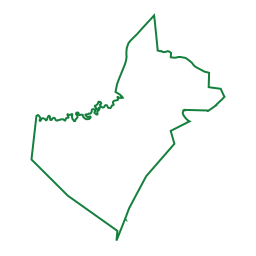 the district of Gawler, South Australia, Australia
{"feature_id": "25037944B32211395389119", "entity_name": "Gawler", "entity_type": "district", "adm_level": 2, "iso_a3": "AUS", "parent_name": "Australia", "parent_adm1": "South Australia", "projection": "natural_earth1", "projection_center": [138.712, -34.621], "detail": "fine", "context": "isolated", "style": "outline", "palette": "green", "viewbox_px": 256, "rotation_deg": 0, "n_neighbors": 0, "source": "geoboundaries", "source_scale": "gbopen_adm2", "svg_char_len": 5405}
<svg xmlns="http://www.w3.org/2000/svg" viewBox="0 0 256 256"><path d="M171.0,52.9L170.2,52.3L169.8,52.0L169.6,51.8L168.1,51.2L167.9,51.2L167.4,51.2L166.3,51.7L165.6,51.9L164.7,52.0L163.8,52.1L162.6,51.9L162.3,51.7L161.8,51.3L161.3,51.0L160.7,51.3L157.8,50.5L157.7,50.5L156.0,33.0L155.3,26.8L155.3,26.1L154.7,20.4L154.4,18.5L154.3,16.6L154.1,15.4L149.8,20.2L148.6,21.4L140.8,29.9L137.4,33.8L130.7,40.4L128.4,43.3L126.8,48.0L126.4,51.6L126.4,54.9L126.6,56.5L126.3,58.9L126.1,60.3L125.2,63.5L124.8,64.6L120.6,75.0L119.5,77.6L118.2,81.1L116.8,84.9L116.8,85.5L115.5,91.9L119.7,94.5L120.7,95.3L122.1,96.8L121.8,96.9L122.6,97.7L121.3,98.0L120.8,97.5L120.2,97.8L119.8,97.8L119.4,97.8L119.0,97.7L118.5,97.3L118.0,97.0L117.6,97.0L117.5,97.3L117.5,97.5L117.7,97.9L118.1,98.6L118.2,98.8L118.2,99.2L118.0,99.6L117.7,100.0L117.2,100.2L115.7,100.4L114.6,100.7L114.1,100.9L113.6,101.2L113.4,101.4L113.1,101.9L112.9,102.1L112.9,102.4L113.0,102.9L113.6,104.3L113.5,104.7L113.5,104.9L113.3,105.1L112.6,105.4L112.3,105.4L111.8,105.6L111.7,105.8L111.4,106.7L111.1,107.4L110.8,107.7L110.5,107.8L110.2,108.0L109.5,108.0L109.2,108.0L108.7,107.9L108.4,107.8L108.0,107.5L107.8,107.2L107.6,106.7L107.4,106.1L107.2,105.7L106.9,105.4L105.8,105.1L105.3,105.3L104.9,105.6L104.7,106.0L104.5,106.4L104.1,107.0L103.8,107.3L103.6,107.4L103.3,107.5L102.8,107.5L102.0,107.2L101.3,106.7L100.7,106.1L100.1,105.6L100.0,105.4L100.0,104.9L100.1,104.6L100.4,104.3L100.8,104.0L101.0,103.8L101.2,103.4L101.2,103.1L100.9,102.7L100.4,102.0L100.2,101.9L99.8,102.0L98.7,101.7L98.4,101.9L98.2,102.1L98.2,102.3L98.2,102.9L98.2,103.1L98.0,103.4L97.8,103.7L97.4,104.2L95.9,105.5L95.0,105.8L94.9,105.8L94.8,106.1L94.9,106.5L95.1,106.8L95.3,107.0L95.7,107.4L95.9,107.7L96.0,107.9L96.0,108.6L96.1,108.9L96.5,109.1L97.3,109.3L97.8,109.2L98.3,108.7L98.7,108.0L98.8,107.9L99.0,107.7L99.4,107.6L99.7,107.6L99.8,107.7L99.8,107.9L99.5,108.5L99.4,109.0L99.3,109.4L99.1,109.6L98.9,110.0L98.5,110.5L97.5,111.2L97.3,111.6L97.3,112.0L97.3,112.8L97.5,113.4L97.6,113.6L97.5,114.0L97.4,114.3L97.2,114.5L96.9,114.5L96.7,114.5L96.0,114.1L95.0,113.3L94.5,112.8L94.4,112.5L94.5,112.1L94.8,111.6L95.1,111.2L95.3,110.7L95.2,110.6L94.8,110.2L94.3,109.6L94.1,109.4L93.6,109.1L93.1,109.1L92.4,109.3L92.0,109.6L91.8,110.0L91.7,110.4L91.7,110.8L91.7,111.3L91.6,111.7L91.2,112.6L90.9,113.1L90.7,113.4L90.2,113.6L89.9,113.7L89.0,113.5L88.9,113.6L88.6,113.8L88.1,114.2L87.5,114.3L86.9,114.3L86.1,114.4L85.7,114.5L85.4,114.8L85.4,115.0L85.5,115.2L86.9,116.6L87.2,116.9L87.5,117.0L87.9,117.0L88.2,117.0L89.4,116.5L89.9,116.5L90.2,116.5L90.3,116.7L90.6,117.1L90.6,117.4L90.4,117.8L90.0,118.3L89.6,118.6L89.4,118.8L88.9,119.0L88.4,119.1L87.5,119.1L87.0,119.2L86.5,119.2L86.1,119.1L84.9,118.5L84.6,118.3L84.4,117.9L83.2,116.9L83.0,116.2L82.8,115.1L82.3,114.8L81.2,114.7L80.7,114.7L80.1,114.9L79.8,115.0L79.2,114.9L78.9,114.8L78.7,114.6L78.6,114.4L78.5,114.1L78.6,113.7L78.6,113.4L78.6,113.2L78.4,113.0L78.3,112.8L78.1,112.7L77.2,112.5L76.9,112.6L76.4,112.8L76.3,113.0L76.1,113.4L76.1,113.7L76.1,114.1L76.2,114.5L76.4,114.6L76.8,114.5L77.1,114.6L77.0,115.1L77.2,115.6L77.4,116.0L77.5,116.8L77.5,117.1L77.2,117.7L76.7,118.3L76.5,118.6L76.3,118.6L75.9,119.0L75.6,119.4L75.5,119.7L75.3,120.2L75.2,120.9L74.6,121.1L74.2,121.1L73.8,120.7L73.2,119.8L72.9,119.4L72.5,118.8L72.4,118.7L72.3,118.3L72.3,118.1L72.2,117.7L72.0,116.9L72.0,116.5L72.0,115.5L72.2,114.8L72.3,114.4L72.2,114.3L72.1,114.1L71.7,114.1L71.1,114.4L70.9,114.6L70.7,114.7L70.0,114.9L69.5,114.9L68.7,114.8L68.4,114.7L68.0,114.4L67.6,114.3L67.4,114.6L67.5,114.9L67.7,115.5L68.2,116.4L68.4,116.9L68.5,117.5L68.4,117.7L67.2,117.8L66.7,117.9L66.4,118.1L66.1,118.3L65.8,118.8L65.6,119.7L65.4,120.2L65.1,120.5L64.8,120.5L64.7,120.5L64.3,120.2L63.7,119.6L63.4,119.4L62.9,119.3L62.2,119.3L61.7,119.3L60.5,119.5L59.9,119.8L58.9,120.0L58.2,120.2L57.5,120.5L57.1,120.6L56.6,120.5L56.1,120.4L55.8,120.1L55.4,119.2L55.2,118.9L55.0,118.6L54.9,118.4L54.4,118.0L53.8,117.8L53.5,117.9L53.1,118.2L52.8,118.3L52.5,118.5L52.2,118.9L52.0,119.4L51.7,119.8L51.3,120.0L50.7,120.0L50.4,119.8L50.2,119.7L50.1,119.2L50.2,118.4L50.1,118.0L49.9,117.5L49.9,116.7L49.7,116.4L49.4,116.0L49.1,115.8L48.9,115.8L48.7,115.9L48.5,116.0L48.2,116.6L48.0,116.8L47.9,117.1L47.6,117.8L47.4,118.1L47.2,118.9L46.9,119.7L46.6,120.0L46.4,120.2L46.1,120.3L45.9,120.3L45.6,120.0L45.2,119.2L44.8,119.0L43.6,118.4L42.7,118.2L42.1,118.4L41.8,118.6L41.5,118.8L40.5,120.7L40.3,120.9L40.0,120.9L39.9,120.9L39.7,120.4L39.6,120.2L40.1,119.2L40.2,118.9L40.3,118.3L40.1,117.6L39.8,117.1L39.2,116.2L38.9,115.8L38.4,115.3L38.2,115.1L37.6,115.1L37.2,115.5L36.8,115.8L36.5,115.9L36.4,116.1L31.5,159.2L31.6,159.6L67.8,195.7L117.4,230.9L116.5,240.6L125.1,218.9L125.4,219.1L125.2,218.7L129.1,208.3L136.1,195.1L146.2,176.2L174.4,143.8L170.7,130.9L183.1,124.6L189.5,121.4L189.3,121.3L189.1,121.1L188.6,120.9L187.8,120.3L186.8,119.3L185.8,118.4L185.1,117.4L184.6,116.9L183.9,115.7L183.5,115.3L183.2,114.7L183.0,113.7L182.8,113.3L182.8,112.5L182.8,112.3L183.2,111.5L183.3,110.8L183.5,110.2L184.9,110.3L184.9,109.9L207.9,110.5L207.9,111.0L208.0,111.0L216.3,105.2L216.1,104.9L216.4,104.6L222.0,99.4L224.5,96.8L223.8,95.6L220.7,88.8L210.2,87.4L208.7,87.1L209.1,72.8L205.3,71.8L204.8,71.8L196.1,67.2L194.8,66.3L193.8,65.3L191.8,62.7L191.3,62.2L186.6,58.6L185.0,57.8L180.2,57.0L179.2,57.0L178.4,57.0L177.6,57.2L175.4,57.7L173.1,57.6L170.8,57.3L171.0,52.9Z" fill="none" stroke="#15803d" stroke-width="2"/></svg>